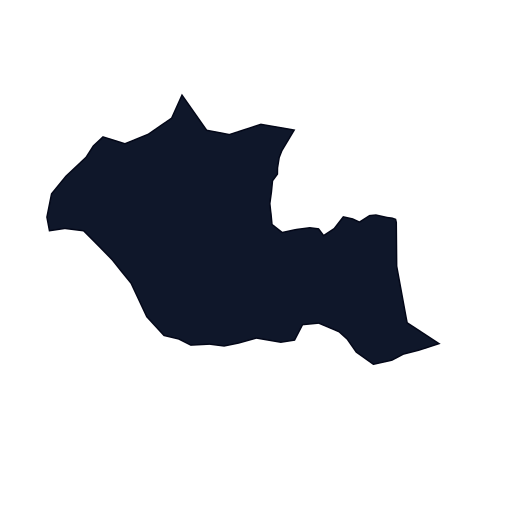 Katydata, Nicosia, Cyprus (Equal Earth projection), rotated 42°
{"feature_id": "46923920B11980221307495", "entity_name": "Katydata", "entity_type": "district", "adm_level": 2, "iso_a3": "CYP", "parent_name": "Cyprus", "parent_adm1": "Nicosia", "projection": "equal_earth", "projection_center": [32.882, 35.084], "detail": "fine", "context": "isolated", "style": "filled", "palette": "ink", "viewbox_px": 512, "rotation_deg": 42, "n_neighbors": 0, "source": "geoboundaries", "source_scale": "gbopen_adm2", "svg_char_len": 1021}
<svg xmlns="http://www.w3.org/2000/svg" viewBox="0 0 512 512"><g transform="rotate(42 256 256)"><path d="M93.4,186.0L101.1,210.0L98.1,222.4L94.5,237.6L83.5,260.3L62.6,269.9L61.5,283.1L63.7,296.3L61.4,323.9L62.5,346.6L74.6,367.0L85.6,375.4L95.5,363.4L111.0,352.6L133.0,353.8L151.7,355.0L166.0,357.4L181.4,359.8L215.5,374.2L240.8,376.6L254.0,369.4L267.2,365.8L280.4,352.6L292.5,344.2L301.3,332.3L311.2,316.7L332.1,303.5L340.9,292.7L336.5,275.9L347.5,263.9L368.4,256.7L379.4,256.7L394.8,260.3L415.7,257.9L426.7,242.4L431.1,230.4L439.9,217.2L450.6,198.7L413.0,204.5L409.0,201.5L367.3,169.4L337.8,137.2L335.2,135.4L331.8,136.8L327.8,139.6L317.7,145.3L313.4,150.0L310.2,161.6L303.0,163.8L294.7,168.5L295.8,183.3L292.6,195.6L284.3,194.0L277.1,199.0L268.7,208.8L267.0,211.0L259.8,221.0L246.8,221.9L239.0,214.7L237.1,213.1L231.2,207.8L224.6,198.1L217.9,189.0L217.1,180.8L213.0,176.1L207.3,167.3L204.7,160.4L200.1,136.9L171.5,154.9L155.0,183.6L135.2,195.6L93.4,186.0Z" fill="#0f172a" stroke="#020617" stroke-width="1.5"/></g></svg>